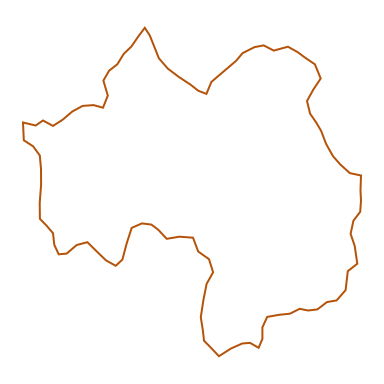 outline of Maripá de Minas, Minas Gerais, Brazil
{"feature_id": "56859067B21649458076971", "entity_name": "Maripá de Minas", "entity_type": "district", "adm_level": 2, "iso_a3": "BRA", "parent_name": "Brazil", "parent_adm1": "Minas Gerais", "projection": "equal_earth", "projection_center": [-42.96, -21.697], "detail": "fine", "context": "isolated", "style": "outline", "palette": "amber", "viewbox_px": 384, "rotation_deg": 0, "n_neighbors": 0, "source": "geoboundaries", "source_scale": "gbopen_adm2", "svg_char_len": 1369}
<svg xmlns="http://www.w3.org/2000/svg" viewBox="0 0 384 384"><path d="M320.7,78.5L314.9,64.3L305.0,57.6L297.6,52.1L287.9,46.7L273.8,50.6L263.7,45.4L254.6,47.1L242.6,53.1L236.0,60.9L227.8,67.9L218.4,75.9L211.4,81.9L206.4,93.9L198.2,90.7L190.6,84.7L178.9,77.0L167.8,68.6L158.9,58.3L153.6,45.0L149.8,35.5L144.8,27.8L138.2,36.6L131.4,46.5L123.8,53.8L117.3,64.3L109.1,70.7L103.4,80.6L107.8,95.6L103.0,107.7L93.6,105.1L82.6,105.9L72.3,111.5L62.4,119.9L53.0,125.9L43.0,120.5L35.7,125.5L23.0,122.5L23.8,140.3L33.1,146.3L39.8,155.5L41.0,168.8L41.1,184.7L39.7,203.0L39.9,218.8L46.4,225.5L53.0,233.2L54.3,244.8L58.7,254.3L66.6,253.6L76.7,245.0L87.4,242.2L95.7,250.4L105.9,260.3L115.7,265.8L122.4,259.6L126.7,243.3L131.7,227.9L141.9,223.4L151.4,224.6L158.1,229.6L166.7,238.8L179.4,236.7L193.0,237.7L198.2,251.5L209.0,259.2L213.1,272.3L206.6,283.9L203.5,299.5L200.8,317.1L202.9,330.7L204.0,340.7L211.0,347.8L218.9,356.2L231.0,348.5L242.2,343.5L250.1,342.9L258.6,347.8L262.4,339.0L262.4,327.4L267.2,316.9L279.2,314.8L289.9,313.7L299.7,308.8L308.0,310.5L317.4,309.4L326.9,302.1L336.6,300.4L345.6,290.1L347.8,271.2L357.3,263.7L354.7,245.9L350.6,233.9L353.4,220.8L360.2,211.8L361.0,200.8L360.5,190.3L361.0,175.5L349.8,173.1L340.3,164.5L333.0,156.2L326.1,143.9L321.1,130.8L316.2,122.5L310.1,113.7L307.0,101.0L313.3,89.6L320.7,78.5Z" fill="none" stroke="#b45309" stroke-width="2"/></svg>